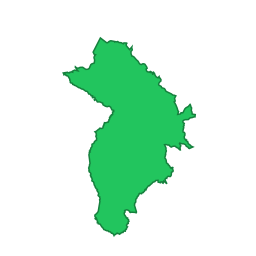 the district of San Agustín Metzquititlán, Hidalgo, Mexico, rotated 156°
{"feature_id": "50627088B54107470170219", "entity_name": "San Agustín Metzquititlán", "entity_type": "district", "adm_level": 2, "iso_a3": "MEX", "parent_name": "Mexico", "parent_adm1": "Hidalgo", "projection": "equal_earth", "projection_center": [-98.601, 20.521], "detail": "fine", "context": "isolated", "style": "filled", "palette": "green", "viewbox_px": 256, "rotation_deg": 156, "n_neighbors": 0, "source": "geoboundaries", "source_scale": "gbopen_adm2", "svg_char_len": 5785}
<svg xmlns="http://www.w3.org/2000/svg" viewBox="0 0 256 256"><g transform="rotate(156 128 128)"><path d="M164.4,205.1L164.8,204.8L164.7,203.2L164.9,202.7L163.1,202.5L163.3,201.4L163.0,200.8L162.2,200.5L161.7,199.6L161.3,196.1L161.7,195.6L161.7,194.2L162.2,193.1L162.1,192.7L160.7,191.5L160.6,191.2L160.8,190.3L159.8,189.6L159.7,188.9L158.4,187.7L156.6,184.9L155.7,184.3L154.6,182.6L153.3,181.7L151.7,178.9L150.4,178.0L150.1,176.8L150.1,175.1L149.1,174.5L148.7,173.9L148.5,172.4L147.3,171.8L147.9,171.0L148.1,170.2L147.7,169.8L146.7,170.0L145.9,169.4L146.0,168.3L147.3,167.6L147.2,166.9L146.4,167.1L145.9,166.9L145.6,166.4L145.4,164.3L142.8,163.1L141.8,161.7L141.0,161.1L141.4,159.4L139.8,157.1L138.3,155.9L136.7,155.7L136.0,155.2L135.4,154.1L135.3,151.0L133.9,149.9L134.4,148.8L135.6,148.9L136.6,146.6L137.8,146.8L138.1,146.6L137.9,146.2L138.5,145.9L139.2,146.1L139.6,145.8L139.6,145.2L140.6,145.1L141.0,143.8L142.0,143.4L142.4,142.4L143.3,142.1L143.6,141.4L146.7,142.0L147.3,142.4L147.6,141.7L148.4,141.4L148.6,140.6L149.1,140.5L149.7,139.7L150.1,139.7L150.3,139.0L150.9,138.3L152.1,138.2L153.8,139.3L154.2,139.2L154.5,138.8L155.8,138.7L158.3,137.9L159.7,138.0L159.1,136.2L159.5,135.6L159.8,134.1L160.7,133.7L160.8,131.3L161.6,130.2L161.6,129.8L164.1,129.3L164.8,128.3L166.5,127.8L167.5,127.8L168.5,125.6L170.1,124.8L171.0,123.4L171.5,123.4L171.7,122.8L172.6,122.6L172.3,121.5L173.4,121.3L173.7,120.5L174.6,119.4L177.1,111.1L178.3,109.9L178.5,109.0L179.2,108.6L179.5,108.0L180.2,107.5L180.5,105.8L181.0,105.0L180.7,104.6L181.3,103.9L180.6,102.5L180.5,101.5L180.8,100.7L181.5,100.3L181.7,99.3L181.3,98.8L181.7,98.1L181.4,96.9L181.7,95.3L182.1,95.1L182.5,94.4L181.5,92.9L181.5,91.8L181.9,90.2L182.0,89.0L181.7,87.9L182.0,87.3L181.7,85.4L181.0,84.3L181.6,83.8L181.8,83.3L181.4,81.5L181.4,80.1L182.7,78.7L182.7,78.2L181.8,76.5L182.2,75.9L182.2,74.7L182.4,74.3L183.1,74.1L183.5,72.4L189.2,63.8L191.6,62.5L193.4,62.1L194.1,61.1L194.1,58.8L194.9,58.5L194.5,57.7L193.6,58.2L193.9,55.1L194.5,54.1L193.8,53.9L194.2,52.7L192.5,51.4L192.2,48.6L191.4,46.3L191.4,45.1L190.4,44.3L190.2,43.8L189.0,42.6L188.1,42.4L187.8,41.2L186.3,40.2L185.9,38.6L185.3,38.4L184.5,37.0L184.5,35.5L184.0,35.9L182.9,35.8L180.8,36.4L180.5,36.3L180.2,35.6L179.7,35.5L179.0,34.5L178.3,34.8L177.8,34.5L176.6,35.1L175.0,34.6L174.4,35.4L173.6,35.4L172.5,34.9L172.3,35.6L171.4,36.3L171.1,36.0L170.4,36.4L169.9,37.2L168.7,37.9L169.0,38.2L168.9,39.8L167.3,40.9L166.6,40.7L166.2,42.1L165.2,42.3L165.2,43.0L164.8,43.8L165.3,44.6L165.0,46.0L165.8,46.1L166.0,46.5L166.1,48.5L166.5,49.7L166.2,51.6L165.7,52.2L164.9,52.4L164.6,53.2L164.8,53.8L164.6,54.0L162.4,53.8L161.4,52.9L160.4,51.2L160.6,50.5L160.3,49.9L158.9,49.6L155.7,47.9L155.1,47.2L154.8,47.3L154.4,47.9L153.5,54.9L152.8,55.8L152.6,56.5L151.5,56.9L151.0,57.3L149.9,59.7L148.5,60.3L147.3,61.6L146.4,61.7L146.0,62.3L145.1,62.6L144.8,63.3L144.0,63.6L142.3,62.4L141.1,63.2L140.2,62.8L139.8,63.2L138.5,63.6L137.7,64.8L137.1,65.0L136.8,64.2L135.1,65.7L132.8,66.9L132.0,66.5L129.9,67.4L129.2,67.4L127.4,68.3L125.2,68.1L124.1,68.8L121.8,68.0L122.5,66.3L120.6,64.8L119.9,65.4L118.8,65.0L118.9,63.9L118.4,63.3L117.0,64.9L115.1,61.2L115.3,64.7L115.1,65.9L114.6,66.4L113.8,66.7L113.1,66.2L112.6,67.0L111.0,67.6L109.3,66.5L108.8,66.5L107.6,67.4L106.3,69.9L104.8,69.9L104.2,70.4L103.8,72.9L103.1,73.6L103.2,73.8L104.3,74.1L105.0,73.7L105.3,74.4L105.5,76.7L106.1,77.8L105.9,78.4L107.0,80.4L106.2,83.3L106.2,84.3L106.5,85.4L106.1,86.5L105.0,87.5L104.8,88.3L104.3,88.5L103.8,89.9L102.3,91.4L102.1,93.0L101.4,94.2L101.4,97.9L99.9,97.4L98.7,96.3L97.5,95.8L97.1,94.3L96.3,93.0L94.4,93.0L92.6,92.4L92.0,91.7L91.7,90.6L90.8,89.9L89.5,86.9L89.1,86.7L88.4,89.3L87.8,89.4L87.0,90.4L87.4,92.4L87.3,92.9L86.8,93.2L85.2,91.6L83.8,91.1L82.4,89.5L82.2,89.0L82.2,87.7L80.9,85.9L80.8,84.9L80.3,84.3L76.4,84.3L77.8,85.9L78.0,86.9L79.3,89.2L79.0,91.4L79.3,91.5L79.9,92.8L79.6,93.2L80.1,93.3L79.9,94.1L80.5,94.4L80.7,95.7L80.1,97.3L79.0,98.2L79.0,98.7L78.5,99.1L78.3,99.6L78.3,101.0L79.3,101.7L79.0,103.1L78.2,103.9L78.1,104.6L77.5,104.9L76.8,106.0L76.9,106.7L75.8,107.4L75.8,108.1L74.7,109.3L75.5,110.5L75.2,111.7L74.7,112.2L73.3,112.5L72.2,112.3L69.6,111.2L67.0,112.0L65.2,111.4L63.1,111.3L62.3,110.9L61.1,112.9L63.7,114.6L63.1,116.6L63.1,118.2L61.7,120.5L61.9,121.4L61.6,123.6L61.7,124.3L64.2,123.1L66.8,122.9L68.2,122.4L71.5,119.7L72.1,119.7L73.3,120.4L74.3,119.6L74.8,119.6L77.1,120.2L75.1,122.5L75.4,123.5L75.0,126.2L74.9,129.8L75.2,133.1L74.3,133.2L73.9,133.5L73.4,136.2L71.2,137.9L72.4,139.1L73.6,139.8L74.5,141.5L77.9,145.5L78.4,146.3L78.5,148.4L78.8,149.3L80.9,151.2L80.7,152.4L82.3,154.5L82.3,155.4L81.7,156.3L79.7,157.4L78.9,157.5L78.2,158.8L78.5,160.7L79.0,161.3L78.7,162.3L80.2,161.7L81.4,163.1L81.8,165.2L81.6,167.1L83.3,167.2L82.6,168.0L82.0,168.1L82.0,168.6L83.5,168.5L83.7,169.4L84.2,169.6L84.2,170.2L84.6,170.6L84.8,170.6L85.0,169.7L87.5,171.6L87.8,172.7L87.5,174.5L86.2,174.8L86.1,176.3L86.6,179.3L87.4,180.2L88.7,180.7L89.9,180.5L91.0,181.3L91.5,182.9L91.6,184.8L92.6,187.0L93.6,190.4L94.5,191.7L95.2,192.0L95.0,194.7L94.1,196.8L92.7,197.3L92.1,198.2L92.1,199.6L91.5,200.5L94.7,199.0L96.0,203.6L96.0,204.1L95.5,205.3L94.6,205.9L94.9,206.3L97.0,207.3L97.4,207.4L98.1,206.9L99.5,208.7L101.5,209.8L102.2,211.2L103.2,211.2L104.8,212.3L105.1,212.1L105.2,212.6L108.2,214.7L109.6,214.8L110.0,214.5L110.4,214.7L111.9,214.2L112.9,214.7L116.6,221.5L129.0,211.5L128.9,208.5L128.0,208.1L130.1,206.7L130.5,206.0L130.8,203.7L132.4,201.1L135.1,201.3L136.2,201.0L139.2,198.2L140.8,198.0L142.7,198.7L144.7,201.9L147.1,202.9L148.7,202.8L150.4,203.5L151.2,205.3L151.4,205.0L150.5,200.6L153.2,202.6L155.6,202.5L155.9,201.5L156.8,202.3L158.8,202.6L159.0,202.2L160.5,202.9L160.6,203.5L163.8,204.4L164.2,204.3L164.4,203.9L164.6,204.8L164.4,205.1Z" fill="#22c55e" stroke="#15803d" stroke-width="1.5"/></g></svg>